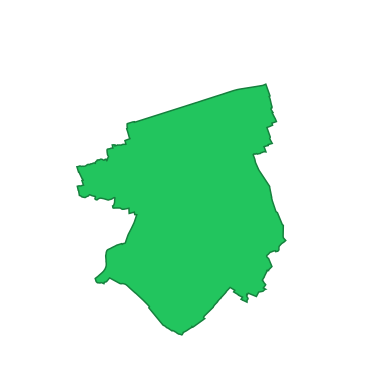 the district of Teylingen, Zuid-Holland, Netherlands, rotated 30°
{"feature_id": "6326949B97280521048387", "entity_name": "Teylingen", "entity_type": "district", "adm_level": 2, "iso_a3": "NLD", "parent_name": "Netherlands", "parent_adm1": "Zuid-Holland", "projection": "albers", "projection_center": [4.511, 52.217], "detail": "fine", "context": "isolated", "style": "filled", "palette": "green", "viewbox_px": 384, "rotation_deg": 30, "n_neighbors": 0, "source": "geoboundaries", "source_scale": "gbopen_adm2", "svg_char_len": 5858}
<svg xmlns="http://www.w3.org/2000/svg" viewBox="0 0 384 384"><g transform="rotate(30 192 192)"><path d="M287.8,175.3L286.3,174.9L276.3,167.2L274.5,167.0L265.9,159.4L263.6,157.0L263.7,156.8L257.0,149.2L256.7,148.6L256.2,148.2L240.6,140.4L240.1,140.2L238.4,139.2L232.5,134.9L232.4,134.9L230.0,132.2L226.4,129.2L226.3,128.9L226.4,128.7L226.6,128.2L226.7,127.9L227.3,127.9L227.6,127.7L228.0,127.4L228.5,126.6L228.7,126.4L228.9,126.4L229.4,126.6L229.8,126.4L230.7,125.4L231.8,124.6L232.1,123.9L232.3,123.3L232.5,123.1L233.0,122.7L233.9,121.4L234.5,121.0L236.0,120.3L231.7,116.7L233.2,115.1L234.8,113.6L234.2,112.9L237.2,109.8L234.4,108.1L232.6,106.9L232.5,106.7L232.4,105.6L232.2,105.2L224.6,98.7L226.7,96.2L227.1,95.5L228.4,93.9L226.8,92.4L229.9,88.8L227.6,87.0L225.8,85.9L224.1,84.8L221.9,83.4L222.4,82.7L219.1,80.9L219.0,80.7L218.6,79.9L219.1,79.5L218.6,78.8L218.9,78.4L216.9,76.5L213.2,72.5L211.2,70.8L211.4,70.7L211.5,70.4L211.5,69.8L202.0,61.7L200.1,64.2L199.3,64.9L194.2,69.1L182.2,78.8L180.0,80.7L177.4,83.3L149.9,113.7L134.8,130.3L107.9,159.8L107.2,160.5L107.1,160.4L107.0,160.2L106.9,160.0L105.7,160.9L102.1,164.8L102.3,165.2L102.3,165.3L102.2,165.4L101.8,165.6L103.1,167.8L104.1,168.9L103.8,169.5L103.7,169.7L103.7,169.8L106.2,172.0L110.4,176.1L111.2,176.5L111.6,176.8L108.2,181.0L110.9,183.6L110.5,184.1L109.5,184.5L108.1,185.5L107.8,185.8L107.5,186.5L107.4,186.7L106.0,187.4L104.9,188.1L104.0,188.5L103.6,189.2L102.8,190.0L102.3,190.5L101.9,189.7L100.7,190.2L99.4,191.1L101.5,193.6L100.1,194.4L99.1,195.7L97.6,196.9L97.3,197.3L97.3,197.5L97.3,197.8L97.5,198.3L98.7,200.1L99.6,201.2L100.2,202.0L101.7,202.9L102.0,203.1L102.1,203.3L102.1,203.9L102.1,204.8L102.1,205.2L102.2,205.5L102.5,206.3L102.6,206.7L102.7,207.3L102.6,207.5L102.4,207.6L101.3,206.7L101.1,206.6L100.4,207.2L100.3,207.4L100.3,208.0L99.7,208.6L99.4,208.7L98.4,208.6L97.4,208.8L96.9,209.0L96.3,209.4L96.0,210.2L95.9,210.4L94.4,211.3L93.9,211.8L93.9,212.1L94.1,212.5L93.6,213.6L93.4,214.5L93.4,214.8L93.9,215.5L92.6,215.9L92.0,216.4L91.2,217.6L90.1,218.4L89.6,219.3L89.4,219.4L89.5,219.5L88.1,220.1L87.4,221.2L87.0,222.3L86.5,223.0L86.0,223.5L85.2,224.0L84.6,224.2L83.3,225.2L82.5,225.3L81.9,225.5L81.6,225.8L80.6,227.0L79.7,227.7L83.7,231.4L83.9,231.1L90.3,235.5L90.6,235.4L91.7,236.2L91.4,236.4L90.9,237.1L94.6,240.3L94.1,240.7L93.6,241.1L93.1,242.0L92.8,242.2L92.6,242.4L91.4,243.0L90.8,243.4L89.8,244.4L92.7,247.5L93.0,247.4L96.2,251.3L97.3,251.0L99.1,251.3L100.1,251.0L101.6,250.5L102.2,250.2L102.5,249.9L102.9,248.9L104.1,247.4L104.3,247.2L104.4,246.3L104.6,245.6L105.1,245.4L106.8,245.3L108.4,244.9L110.6,244.2L110.8,244.4L110.9,244.7L111.0,245.0L111.1,245.9L111.4,246.4L111.8,246.7L112.1,246.7L112.5,246.7L113.3,246.5L113.5,246.4L113.9,246.0L114.0,245.8L114.2,244.8L115.2,243.5L116.1,242.9L119.0,241.9L123.3,240.9L123.9,240.5L124.2,240.0L125.5,238.8L126.5,237.4L127.0,236.2L127.6,235.7L127.9,235.5L128.2,235.6L128.4,235.9L128.9,237.5L130.0,239.4L130.6,241.4L130.7,241.8L130.7,243.2L130.6,243.3L130.2,243.8L131.3,245.1L131.8,245.3L134.6,243.6L137.4,242.0L138.1,241.8L138.9,241.8L139.2,241.9L139.7,241.9L140.5,241.7L141.7,240.9L145.5,237.6L148.1,241.7L148.3,242.0L152.1,238.3L153.7,240.2L155.5,239.3L157.0,246.4L157.2,247.6L157.7,253.9L158.0,260.4L158.1,261.2L158.3,262.4L159.1,266.6L159.7,269.5L159.5,269.8L159.2,270.2L158.3,271.0L157.7,272.2L157.0,271.8L153.3,275.8L152.7,276.9L150.8,279.7L149.5,281.8L148.0,283.9L147.7,284.6L147.6,285.3L147.7,286.1L147.9,287.1L148.6,288.7L149.0,290.0L149.2,290.5L149.9,291.5L151.5,293.8L152.0,294.6L152.1,294.9L153.4,296.6L154.3,298.2L154.7,299.2L155.0,300.6L155.2,302.6L155.1,303.4L155.0,304.8L154.5,306.7L152.6,312.4L151.4,315.3L153.8,317.5L155.4,317.9L158.0,316.7L158.5,315.9L159.8,315.6L161.3,315.5L161.6,315.4L161.2,314.1L162.6,312.6L162.8,312.4L163.6,307.6L175.3,307.3L176.0,307.1L176.5,306.9L177.5,306.1L178.7,305.6L179.9,305.3L180.8,305.2L181.8,305.3L183.0,305.5L186.3,306.3L191.9,307.5L193.4,307.8L193.5,307.7L203.9,310.1L210.1,311.8L212.5,312.6L212.6,313.1L212.5,313.9L233.3,321.7L233.8,321.8L235.0,321.6L235.4,321.6L238.0,322.1L238.3,322.1L239.3,321.9L240.0,322.0L240.8,322.0L244.2,322.3L244.3,322.2L244.5,321.6L245.8,321.4L246.6,321.6L247.3,321.4L247.6,321.4L249.7,321.7L251.5,321.7L252.9,321.1L254.5,320.9L254.8,320.6L254.8,318.3L254.6,318.1L254.6,317.9L255.0,317.5L256.5,315.1L258.7,310.7L259.5,309.4L259.2,309.0L259.2,308.8L259.2,308.5L260.1,308.8L260.5,308.3L260.5,308.2L261.2,306.8L264.6,299.2L265.4,297.5L266.0,295.9L266.3,295.4L265.8,295.4L264.7,294.7L264.6,294.3L264.7,293.1L268.0,281.3L267.9,280.8L267.9,279.0L268.2,277.8L268.5,276.5L268.7,275.8L268.8,275.4L269.0,274.3L268.8,274.3L268.8,274.1L269.0,272.8L269.8,269.7L269.8,269.4L270.0,269.4L269.8,268.9L270.1,268.8L271.6,261.7L271.4,261.3L272.7,255.6L278.2,255.7L278.0,257.7L282.7,257.8L283.7,257.8L283.8,258.1L286.1,258.0L288.3,257.8L288.1,260.4L289.6,260.3L290.1,260.4L290.8,260.2L294.7,259.9L294.4,259.3L293.9,258.5L293.8,257.9L294.0,257.2L293.9,256.8L293.7,256.1L291.3,254.8L291.3,254.1L290.9,254.0L290.6,253.5L290.5,253.2L291.3,253.1L291.3,251.5L300.0,250.3L299.8,245.3L302.5,243.0L303.2,242.2L303.5,240.9L304.2,239.5L304.3,239.4L301.8,239.4L302.2,235.5L301.1,235.0L299.8,234.6L297.8,233.4L297.6,233.4L297.5,233.5L297.0,233.2L297.1,229.3L296.9,229.1L296.5,222.8L296.7,222.6L296.2,222.7L296.2,222.2L296.4,222.1L296.9,221.9L297.1,222.0L298.5,216.6L291.6,211.3L290.8,211.2L289.9,211.0L289.5,210.8L288.9,210.4L288.7,210.1L288.6,209.9L288.6,209.5L288.6,209.3L288.8,208.7L289.2,207.8L289.6,206.0L289.8,205.1L290.3,204.7L292.1,202.4L293.1,201.6L293.6,201.2L294.3,201.8L295.8,200.5L295.9,200.3L296.1,199.8L296.2,199.1L296.2,198.6L296.1,198.4L295.2,197.0L294.8,196.0L294.7,195.7L294.7,195.0L295.3,192.4L295.5,191.7L296.4,189.9L296.9,188.8L297.4,187.1L294.5,186.2L294.0,185.9L293.5,185.4L293.0,184.7L287.8,175.3Z" fill="#22c55e" stroke="#15803d" stroke-width="1.5"/></g></svg>